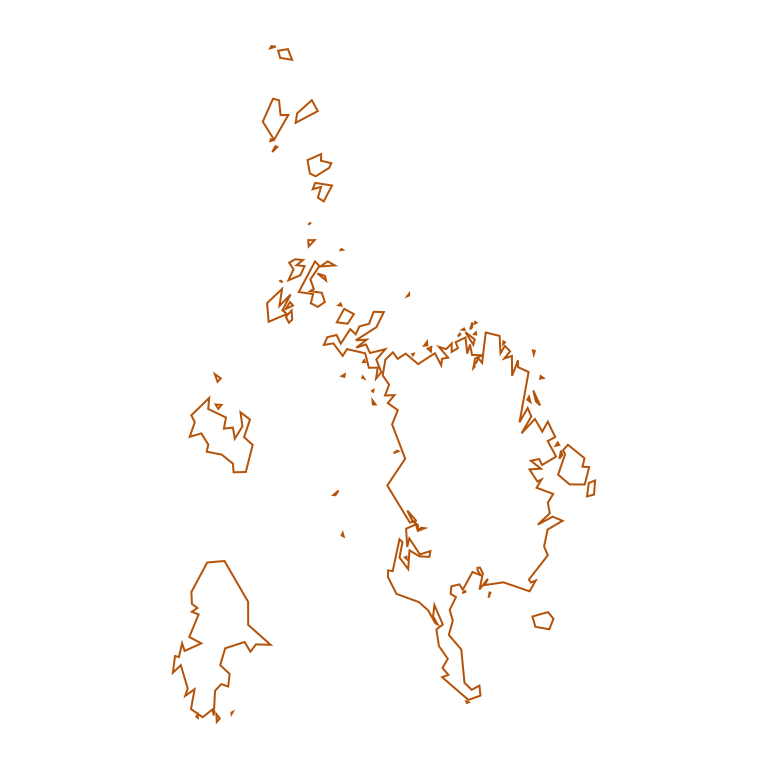 outline of Balboa, Panama
{"feature_id": "35544464B8680648562753", "entity_name": "Balboa", "entity_type": "district", "adm_level": 2, "iso_a3": "PAN", "parent_name": "Panama", "parent_adm1": "", "projection": "natural_earth1", "projection_center": [-78.983, 8.439], "detail": "fine", "context": "isolated", "style": "outline", "palette": "amber", "viewbox_px": 768, "rotation_deg": 0, "n_neighbors": 0, "source": "geoboundaries", "source_scale": "gbopen_adm2", "svg_char_len": 6177}
<svg xmlns="http://www.w3.org/2000/svg" viewBox="0 0 768 768"><path d="M392.7,571.1L388.1,570.4L387.9,576.9L396.5,593.9L418.9,602.1L428.2,610.4L435.3,623.2L437.6,624.4L433.1,616.4L434.4,605.0L442.8,624.5L436.4,629.5L438.9,646.0L447.8,658.8L442.5,667.9L448.4,674.8L442.1,677.2L468.4,699.9L480.5,695.6L479.4,685.6L471.7,689.8L464.5,682.8L461.3,649.5L448.8,634.9L452.8,620.7L449.7,609.8L456.0,597.1L450.6,593.8L451.4,586.3L459.4,584.4L462.8,589.7L472.5,572.0L480.7,575.2L477.5,570.2L477.5,567.8L479.8,567.5L482.9,573.4L479.5,589.5L487.8,578.8L484.9,585.1L503.4,582.3L529.6,591.3L535.7,580.5L531.0,582.5L528.9,579.6L547.8,555.3L544.1,546.5L547.6,529.5L562.6,520.8L552.6,516.7L537.8,524.6L549.8,513.3L547.8,502.7L553.2,494.0L536.6,487.7L541.5,479.5L537.4,481.5L529.5,469.4L540.9,468.7L530.9,460.8L539.1,459.0L542.1,465.0L556.1,456.6L547.7,441.1L555.2,437.0L547.8,421.7L542.3,431.7L534.9,419.0L521.6,433.3L531.3,416.4L527.7,408.0L519.5,422.3L528.6,372.0L518.1,367.2L518.0,360.3L512.1,375.8L511.9,355.9L504.3,358.5L510.1,351.3L504.9,345.9L500.5,353.3L499.6,335.9L485.7,332.5L482.1,362.9L478.3,358.2L476.3,362.6L474.4,364.1L474.7,366.7L473.3,368.2L475.1,358.6L482.3,355.3L472.0,354.9L470.0,344.5L467.2,353.6L465.5,337.5L455.6,342.2L458.0,348.1L451.6,351.9L451.7,343.5L446.2,349.1L439.0,346.9L448.1,357.6L442.0,358.8L441.2,365.4L434.9,353.2L418.1,364.1L405.7,353.6L397.7,358.8L392.9,352.4L385.4,359.6L382.7,375.4L389.1,384.7L385.0,395.5L394.5,395.1L387.8,403.1L397.8,410.2L392.1,424.4L405.2,458.7L387.3,485.5L409.8,522.5L414.0,521.5L412.1,520.4L407.3,510.5L416.0,520.6L414.5,522.7L417.9,524.9L417.8,529.6L421.5,527.7L424.7,528.2L417.8,530.9L416.0,524.4L406.1,528.7L407.2,546.9L409.3,538.4L419.9,554.4L430.4,551.1L429.4,556.8L419.6,556.4L409.5,550.4L408.2,569.1L399.5,557.5L402.5,542.2L399.5,539.2L392.7,571.1ZM224.5,561.0L207.2,562.5L191.4,592.0L191.9,603.9L197.4,608.0L191.8,611.8L198.6,614.4L189.3,637.0L201.3,643.4L184.6,650.9L182.1,643.3L178.9,657.1L175.0,656.0L172.9,672.7L180.8,665.2L187.7,688.4L185.2,695.9L194.6,689.2L191.0,709.1L202.7,717.2L212.4,709.5L213.8,715.5L215.0,690.8L221.3,684.1L228.2,686.5L229.6,673.9L220.2,665.1L225.2,648.3L244.6,642.0L250.4,651.7L256.0,644.4L270.6,644.8L248.2,624.9L248.1,601.8L224.5,561.0ZM209.2,397.9L191.3,415.3L194.8,422.2L189.7,436.8L201.3,433.4L208.3,444.6L206.7,451.7L221.7,454.6L232.9,463.6L233.6,472.3L245.8,472.0L252.7,444.9L244.1,437.2L250.0,419.5L240.5,412.3L242.4,426.4L234.8,438.7L232.9,427.6L223.9,428.6L226.0,417.5L208.2,409.0L209.2,397.9ZM383.8,312.1L373.7,311.8L369.1,323.8L359.4,326.4L355.7,334.3L350.2,329.1L340.8,343.7L336.6,335.0L327.3,337.2L323.9,344.9L333.4,343.4L342.7,355.9L347.0,349.1L365.2,353.3L368.9,367.8L377.7,367.6L376.1,378.5L381.3,372.1L376.3,359.5L385.3,349.2L370.0,353.0L366.0,344.4L356.3,347.7L366.7,339.6L355.8,340.3L376.4,327.2L383.8,312.1ZM584.5,458.2L567.9,444.8L563.0,450.3L565.1,454.2L558.1,474.7L569.6,484.4L584.7,484.5L589.2,467.1L582.5,466.7L584.5,458.2ZM273.0,98.7L262.8,121.7L274.1,139.8L288.3,115.0L280.6,115.1L279.0,100.3L273.0,98.7ZM282.0,289.0L267.1,303.1L268.6,321.8L286.9,314.0L282.4,310.3L290.6,294.5L279.5,305.9L282.0,289.0ZM310.4,279.4L319.4,266.0L315.0,261.4L298.8,292.0L313.1,294.1L310.8,303.3L317.8,306.9L324.8,302.0L321.8,292.8L310.2,291.1L313.8,288.9L310.4,279.4ZM321.2,154.1L307.5,160.1L309.9,173.5L315.7,176.3L329.2,167.8L331.3,163.2L321.0,160.7L321.2,154.1ZM548.0,612.1L532.4,616.5L535.4,626.8L549.3,629.3L553.5,618.8L548.0,612.1ZM303.0,260.0L295.2,259.3L289.2,262.7L293.5,269.3L288.4,280.3L300.3,275.3L304.6,266.2L296.6,265.2L303.0,260.0ZM311.8,100.2L297.2,113.3L295.6,122.8L317.8,111.1L311.8,100.2ZM353.9,314.1L344.2,308.8L336.8,322.3L347.6,323.7L353.9,314.1ZM332.0,185.5L315.2,182.9L312.7,189.2L321.1,186.9L317.9,197.6L323.7,201.4L332.0,185.5ZM287.9,49.1L278.2,50.7L280.2,57.9L292.1,59.8L287.9,49.1ZM595.1,480.5L588.8,483.0L587.0,496.4L594.0,494.6L595.1,480.5ZM334.9,265.4L327.7,261.4L320.3,266.5L334.9,265.4ZM220.8,378.4L214.8,374.1L217.6,381.8L220.8,378.4ZM474.7,339.4L465.5,332.2L473.3,344.7L474.7,339.4ZM288.9,322.7L292.2,319.6L291.6,310.4L285.9,316.8L288.9,322.7ZM314.7,240.1L308.2,240.1L308.7,246.4L314.7,240.1ZM272.3,152.0L277.3,147.0L275.4,146.2L272.3,152.0ZM540.1,405.4L533.3,390.5L535.9,401.3L540.1,405.4ZM325.0,275.9L317.5,273.5L326.0,280.5L325.0,275.9ZM293.0,305.5L290.0,302.1L285.8,309.0L293.0,305.5ZM219.8,718.5L216.4,714.1L216.8,721.9L219.8,718.5ZM470.1,329.3L472.0,327.4L472.3,322.4L470.1,329.3ZM221.5,404.9L215.6,404.5L218.3,408.8L221.5,404.9ZM375.5,404.5L372.5,400.3L372.8,404.4L375.5,404.5ZM335.5,495.2L338.5,490.6L333.4,495.0L335.5,495.2ZM562.2,454.9L561.0,450.7L559.3,458.7L562.2,454.9ZM398.4,451.2L397.1,450.6L393.6,453.2L398.4,451.2ZM533.8,354.3L534.8,350.9L532.9,350.4L533.8,354.3ZM343.7,536.5L342.7,533.0L341.6,535.4L343.7,536.5ZM430.9,351.5L431.3,347.0L427.7,348.7L430.9,351.5ZM555.6,445.8L559.2,444.9L557.7,442.5L555.6,445.8ZM424.1,345.7L427.3,345.4L427.1,341.7L424.1,345.7ZM527.3,399.7L530.4,402.0L529.0,396.7L527.3,399.7ZM275.7,46.6L271.4,46.1L270.2,48.3L275.7,46.6ZM540.1,378.6L543.4,378.0L540.7,376.1L540.1,378.6ZM341.4,305.7L340.5,303.5L338.5,305.2L341.4,305.7ZM488.5,597.7L490.4,592.7L489.6,592.5L488.5,597.7ZM462.2,329.7L464.6,330.1L464.0,328.6L462.2,329.7ZM344.8,374.3L341.7,376.1L344.3,376.9L344.8,374.3ZM474.1,334.2L476.2,334.5L475.8,332.4L474.1,334.2ZM465.1,591.0L462.3,593.2L465.5,591.7L465.1,591.0ZM503.1,344.1L504.9,342.3L503.4,341.4L503.1,344.1ZM197.9,717.8L197.7,714.6L196.3,716.7L197.9,717.8ZM282.7,282.3L280.9,280.9L279.3,280.7L282.7,282.3ZM474.6,323.6L476.5,322.7L475.2,321.8L474.6,323.6ZM362.3,377.8L364.0,378.5L362.8,376.6L362.3,377.8ZM407.3,296.2L409.2,295.4L409.1,293.7L407.3,296.2ZM308.1,224.6L309.6,223.8L311.0,222.5L308.1,224.6ZM406.7,559.0L406.5,556.7L404.9,557.5L406.7,559.0ZM457.9,336.4L460.3,334.5L459.8,333.7L457.9,336.4ZM231.6,713.9L232.7,712.0L231.5,712.6L231.6,713.9ZM363.1,362.1L365.0,362.1L364.3,360.2L363.1,362.1ZM412.2,354.1L412.9,355.3L413.7,353.7L412.2,354.1ZM373.5,389.9L372.0,390.9L373.2,391.7L373.5,389.9ZM466.9,703.0L468.5,702.2L466.3,701.4L466.9,703.0ZM340.7,250.1L342.7,249.8L341.4,249.0L340.7,250.1ZM272.6,140.3L270.8,139.3L270.4,141.1L272.6,140.3Z" fill="none" stroke="#b45309" stroke-width="2"/></svg>